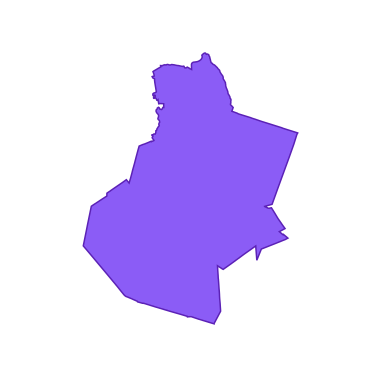 Co Do, Can Tho, Vietnam (Natural Earth projection), rotated 330°
{"feature_id": "81297802B1021983329449", "entity_name": "Co Do", "entity_type": "district", "adm_level": 2, "iso_a3": "VNM", "parent_name": "Vietnam", "parent_adm1": "Can Tho", "projection": "natural_earth1", "projection_center": [105.49, 10.13], "detail": "fine", "context": "isolated", "style": "filled", "palette": "violet", "viewbox_px": 384, "rotation_deg": 330, "n_neighbors": 0, "source": "geoboundaries", "source_scale": "gbopen_adm2", "svg_char_len": 5679}
<svg xmlns="http://www.w3.org/2000/svg" viewBox="0 0 384 384"><g transform="rotate(330 192 192)"><path d="M287.4,165.5L283.4,160.9L280.5,157.7L280.2,157.2L271.4,147.7L271.0,147.2L270.8,146.7L270.5,146.3L266.9,142.0L269.9,139.4L269.5,137.4L269.0,135.6L269.4,134.9L270.0,134.5L270.2,134.2L270.5,133.7L270.8,133.0L271.3,132.5L272.0,131.3L272.1,131.1L272.1,130.9L271.9,130.5L271.8,130.3L271.9,130.0L272.2,129.0L272.4,128.7L272.4,128.4L272.5,127.3L272.5,126.3L272.4,125.2L272.5,124.8L272.6,124.3L272.9,123.7L273.1,123.2L273.3,122.5L273.5,121.2L273.7,119.8L273.8,118.8L274.1,117.7L274.1,117.3L274.3,116.9L274.6,116.3L275.0,115.5L275.1,115.2L275.3,114.6L275.4,114.3L275.6,114.0L275.7,113.8L275.7,113.6L275.6,113.3L275.6,113.1L275.7,112.4L275.7,111.6L275.7,110.9L275.6,110.5L275.6,110.1L275.8,109.1L276.0,108.8L276.3,108.4L276.5,107.6L276.6,107.3L276.6,106.6L276.6,106.2L276.5,105.6L276.4,105.1L276.3,103.6L276.3,102.8L276.3,102.2L276.4,101.6L276.7,100.6L276.7,100.2L276.1,98.0L276.1,97.3L276.0,96.6L275.7,95.8L275.5,94.9L275.0,93.3L274.7,92.8L274.4,92.5L274.2,92.1L273.9,91.5L273.9,91.3L273.9,90.8L273.8,90.6L273.3,89.8L273.3,89.5L273.3,89.2L273.6,88.2L273.7,87.6L274.3,85.9L274.3,85.5L274.3,85.1L274.4,84.8L274.8,84.3L274.9,83.3L274.9,82.8L274.8,82.2L275.1,81.6L275.1,81.4L274.9,81.1L274.4,80.3L274.1,80.1L273.9,80.0L273.6,80.0L273.3,80.0L273.2,79.9L273.2,79.7L273.2,79.0L273.2,78.7L272.9,78.2L272.6,78.1L272.1,77.9L271.6,77.9L271.1,77.9L270.6,78.0L270.0,78.2L269.5,78.3L269.2,78.3L268.9,78.5L268.7,79.3L268.5,79.9L268.2,80.3L267.9,80.7L267.1,81.2L266.2,81.7L265.4,81.9L264.5,82.0L263.4,82.0L262.4,81.9L261.0,81.5L259.8,81.0L258.1,80.3L257.4,80.2L256.8,80.3L256.3,80.4L255.6,80.9L255.2,81.4L254.6,82.5L252.9,85.7L252.7,85.4L252.3,84.8L251.8,84.2L251.7,83.7L250.4,81.5L250.2,81.4L249.4,81.6L249.2,81.6L248.8,81.4L248.0,81.1L247.9,80.9L247.8,80.6L247.9,79.1L247.8,78.9L247.6,78.8L247.1,78.8L246.9,78.7L246.5,78.3L246.0,78.0L245.4,77.5L244.1,76.3L243.7,75.9L242.3,74.9L241.6,74.3L240.3,73.1L238.5,71.7L238.3,71.5L236.9,71.2L236.5,71.0L236.1,70.8L235.5,70.2L234.8,69.4L234.5,69.3L234.1,69.1L233.7,69.0L233.0,69.0L232.8,68.8L232.5,68.6L232.1,68.2L231.3,68.1L230.8,67.8L230.6,67.7L230.2,67.8L229.8,67.9L229.6,67.9L229.0,67.5L228.5,67.1L228.0,66.8L227.7,68.0L219.4,68.1L218.4,68.2L218.0,70.6L217.3,72.7L216.9,72.6L215.7,72.2L215.2,72.1L215.1,73.0L215.2,73.6L215.2,74.0L215.3,74.2L215.5,74.4L216.0,74.8L216.2,75.0L216.1,75.5L215.5,76.4L214.7,78.2L211.2,87.4L211.1,87.5L210.5,87.5L210.0,87.6L209.9,87.6L209.2,87.4L208.1,87.2L207.7,87.3L207.3,87.4L207.0,87.7L206.8,88.1L206.5,88.7L206.5,89.2L206.6,89.4L206.7,89.5L207.0,89.5L207.5,89.4L207.9,89.4L208.2,89.5L208.3,89.8L208.4,90.0L208.3,90.3L208.1,90.7L207.6,91.1L207.2,91.2L206.9,91.1L206.4,90.8L206.2,90.8L205.8,91.1L205.7,91.4L205.7,91.7L205.9,91.9L206.0,92.0L206.3,92.0L206.6,92.0L206.9,92.0L207.2,92.1L207.3,92.3L207.5,92.7L207.6,93.2L207.6,93.6L207.4,94.9L207.5,95.1L207.8,95.3L208.1,95.3L208.7,95.1L208.5,95.7L207.3,99.0L208.6,99.5L209.6,100.1L211.6,101.4L209.8,104.7L209.1,104.2L207.5,105.2L207.1,105.4L206.9,105.4L206.7,105.2L206.4,105.0L206.1,104.5L205.6,104.1L205.6,103.8L205.7,102.8L205.7,102.5L205.6,102.3L205.4,102.2L205.2,101.8L204.6,102.0L204.4,102.0L204.1,101.9L203.5,102.5L203.2,102.7L203.0,102.8L202.4,102.8L202.2,102.9L201.8,103.3L201.4,103.8L201.3,104.2L201.1,104.5L201.1,105.3L201.1,106.3L201.4,107.6L201.5,107.9L201.5,108.3L201.4,108.7L201.2,109.2L200.7,109.9L200.5,110.2L199.5,111.0L199.3,111.2L199.2,111.4L199.1,111.6L199.0,112.0L199.0,112.4L199.3,113.2L199.4,113.6L199.4,114.0L199.3,114.4L199.0,115.1L198.9,115.4L198.6,115.6L198.0,115.8L197.3,116.5L197.1,116.8L197.0,117.1L197.0,117.8L196.5,118.3L196.0,118.4L195.7,118.5L194.4,119.2L193.2,119.8L193.0,120.0L192.6,120.6L192.2,120.8L191.5,120.8L191.4,120.9L191.2,121.0L190.9,121.7L190.3,122.4L189.9,122.9L189.4,123.2L189.2,123.4L188.8,123.3L188.6,123.1L188.4,122.9L188.2,122.8L188.0,122.7L187.7,122.7L186.9,122.9L186.6,122.8L186.2,122.5L185.8,122.5L185.7,122.7L185.6,122.9L185.6,123.1L185.7,123.3L186.0,123.6L186.1,123.9L186.0,124.1L185.8,124.4L185.6,124.5L185.3,124.7L184.6,125.1L184.7,126.7L184.9,128.1L184.8,128.4L182.0,128.1L182.0,127.6L179.2,127.3L174.9,126.7L173.2,126.3L169.2,125.8L166.3,128.6L161.2,133.7L156.6,138.4L151.7,143.2L149.7,145.3L145.4,149.6L142.0,152.8L141.3,148.5L136.4,149.0L128.6,149.6L118.7,150.4L117.7,150.5L116.3,152.8L116.2,152.9L115.9,153.0L114.7,153.0L110.6,153.2L100.2,153.8L97.7,154.0L91.3,161.2L87.2,165.8L84.8,168.5L81.4,172.4L70.9,184.3L72.3,192.0L77.7,222.7L80.3,238.0L80.5,239.5L81.2,244.0L81.7,247.1L82.0,248.2L82.6,249.5L83.4,250.4L85.3,252.9L90.0,259.3L89.9,259.9L93.4,263.5L94.1,264.0L94.6,264.3L103.1,273.5L113.6,284.6L121.5,292.8L125.8,297.4L125.6,297.9L126.8,298.4L128.9,299.5L129.2,299.8L134.5,305.8L145.2,317.2L145.3,317.0L156.8,309.8L157.2,309.5L160.8,302.2L162.6,298.3L163.8,295.9L164.7,294.2L166.0,291.6L167.2,289.0L167.8,287.8L170.1,283.1L171.2,280.8L171.7,279.6L172.8,277.5L174.7,273.6L176.6,269.8L177.2,268.6L179.6,273.4L180.3,274.6L188.9,273.8L190.0,273.7L206.1,271.9L220.2,270.6L216.7,277.9L214.0,283.5L223.5,276.1L223.8,276.1L237.9,278.2L246.4,279.4L248.9,279.8L252.0,279.9L250.0,274.4L249.5,274.6L247.8,270.0L254.3,270.2L253.8,265.3L253.4,260.1L253.2,258.0L253.1,251.5L252.9,245.4L251.6,244.9L251.3,244.8L250.8,244.8L250.4,244.5L250.0,244.2L249.7,243.9L249.6,243.7L249.5,243.4L249.1,243.1L249.0,242.8L249.0,242.5L248.9,242.3L248.8,242.1L248.3,241.8L248.1,241.7L247.9,241.4L247.8,240.8L255.2,242.7L255.8,242.2L267.6,232.2L293.3,210.7L304.1,201.5L311.5,194.7L312.1,194.3L312.6,194.1L313.1,193.7L305.2,185.1L302.2,181.8L302.1,181.5L294.5,173.2L287.4,165.5Z" fill="#8b5cf6" stroke="#5b21b6" stroke-width="1.5"/></g></svg>